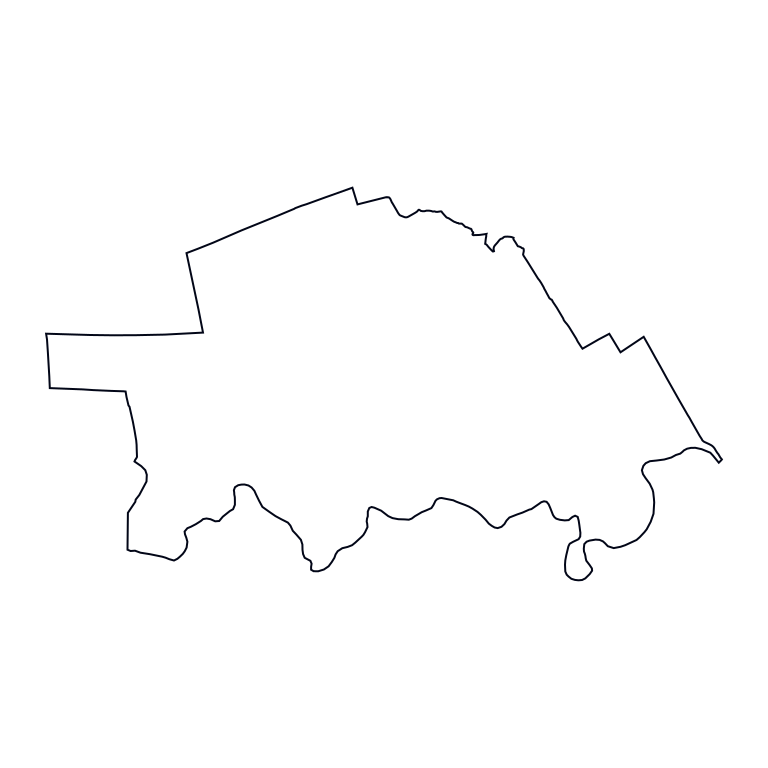 outline of Poienarii Burchii, Prahova, Romania
{"feature_id": "2599482B75025162272167", "entity_name": "Poienarii Burchii", "entity_type": "district", "adm_level": 2, "iso_a3": "ROU", "parent_name": "Romania", "parent_adm1": "Prahova", "projection": "mercator", "projection_center": [26.024, 44.76], "detail": "fine", "context": "isolated", "style": "outline", "palette": "ink", "viewbox_px": 768, "rotation_deg": 0, "n_neighbors": 0, "source": "geoboundaries", "source_scale": "gbopen_adm2", "svg_char_len": 6083}
<svg xmlns="http://www.w3.org/2000/svg" viewBox="0 0 768 768"><path d="M458.1,223.0L457.2,223.0L455.2,222.1L454.4,221.9L452.7,220.9L450.6,219.5L448.9,218.4L448.2,218.1L447.1,217.7L446.5,217.4L444.4,215.1L443.7,214.3L442.5,212.9L442.0,212.3L441.6,211.6L441.4,211.5L441.1,211.4L440.5,211.4L437.2,211.9L435.7,211.8L435.0,211.5L434.4,211.4L433.3,211.5L432.7,211.5L431.2,211.0L430.7,210.9L429.3,210.7L426.3,210.7L424.9,211.1L424.2,211.2L422.6,211.2L420.9,210.9L420.7,210.8L419.8,210.1L419.2,209.8L418.7,209.8L418.3,210.1L417.1,211.5L415.5,212.6L414.3,213.3L411.5,214.9L408.3,216.7L407.1,217.2L406.4,217.3L405.6,217.3L404.7,217.2L401.1,215.8L400.3,215.4L399.8,215.2L399.5,214.9L398.3,213.3L397.7,212.3L397.1,211.2L392.9,204.0L392.4,203.1L392.0,202.7L391.6,201.8L390.9,200.2L390.4,199.1L389.9,198.3L389.1,197.6L388.8,197.3L388.4,197.3L386.8,197.3L386.5,197.3L386.5,197.2L385.7,197.3L357.5,204.4L352.4,187.7L329.5,195.9L325.8,197.2L306.5,204.2L301.7,205.7L295.1,208.2L294.5,208.7L282.8,213.6L277.8,215.7L258.8,223.4L241.5,230.4L213.1,242.7L198.3,248.6L186.5,253.1L198.5,309.5L203.0,332.6L164.8,334.6L135.2,335.2L127.4,335.2L114.6,335.3L90.4,335.0L46.1,333.7L47.0,339.4L47.9,352.8L49.3,376.4L49.8,388.1L82.8,389.4L93.3,390.1L111.2,390.9L123.5,391.3L125.6,391.5L126.5,397.0L128.5,405.5L129.5,406.7L132.9,421.8L134.5,430.3L136.2,440.4L136.6,444.9L136.7,448.9L137.0,456.9L136.4,458.1L135.1,460.0L134.5,461.5L141.2,466.1L145.3,470.2L146.8,474.8L146.5,481.5L139.3,495.0L135.7,499.6L135.3,501.8L127.9,512.8L127.5,549.7L130.6,551.0L135.0,550.7L140.5,552.7L150.0,554.2L162.2,556.7L165.6,557.7L169.3,559.2L174.0,560.5L177.4,558.8L179.9,556.7L182.8,553.9L184.7,551.3L186.6,547.6L187.4,541.7L186.3,537.7L185.0,534.3L184.6,531.5L187.4,528.2L190.8,526.8L195.8,524.2L198.5,522.5L201.0,520.9L203.1,519.1L206.5,518.5L210.5,519.2L215.2,521.3L219.2,521.0L222.8,516.7L229.9,511.0L233.1,509.2L234.9,504.8L234.9,500.4L234.8,497.1L234.3,494.6L234.2,492.5L233.9,490.2L235.0,487.2L238.2,485.2L241.3,484.6L244.5,484.5L248.5,485.5L251.6,487.5L254.4,490.8L256.0,494.4L259.0,500.6L262.4,506.9L269.1,511.7L275.5,516.1L281.4,519.3L283.6,520.4L287.9,522.6L290.4,525.6L292.8,530.8L296.3,534.5L300.9,539.8L302.4,544.5L302.5,549.9L303.1,554.1L304.7,557.8L310.4,560.8L311.6,563.7L311.1,566.8L311.1,569.7L313.6,571.2L318.1,571.3L323.9,569.5L328.6,566.3L331.8,562.0L334.4,557.8L335.6,554.4L337.7,551.2L342.3,548.2L347.7,546.9L352.1,545.2L355.3,542.6L361.8,536.6L363.4,534.9L365.1,532.1L367.5,527.1L367.2,523.7L366.7,521.6L367.0,518.7L367.8,516.3L367.8,511.5L369.3,508.0L371.6,507.0L374.4,507.7L381.2,510.7L388.2,516.1L392.5,518.1L398.3,519.2L404.6,519.4L408.8,519.7L411.7,518.6L414.9,516.2L418.5,514.1L421.7,512.2L425.7,510.6L431.4,508.1L433.4,505.1L435.5,500.8L437.0,499.3L439.5,498.2L441.6,498.0L453.3,500.3L456.1,501.6L459.2,502.8L465.1,505.0L468.9,506.6L472.5,508.6L477.5,511.9L480.8,514.8L485.6,519.7L488.8,523.6L491.7,525.8L494.6,527.5L497.7,528.1L501.5,526.8L504.4,524.1L506.5,520.6L509.4,517.5L517.3,514.4L522.5,512.6L529.3,509.6L531.4,509.1L538.8,504.0L541.3,502.2L544.0,501.3L546.6,501.8L548.7,504.4L550.3,508.1L553.0,515.0L554.5,517.2L556.3,518.7L559.9,519.8L564.7,520.4L568.7,520.1L572.4,517.0L575.1,515.7L577.7,516.9L578.7,520.7L579.3,524.7L580.1,530.8L580.4,532.8L580.2,536.6L578.6,539.2L573.1,541.8L569.8,543.7L569.2,544.7L568.4,546.4L566.3,555.1L565.3,560.4L565.0,564.7L565.3,571.5L566.7,574.7L568.5,576.5L571.4,578.8L574.9,579.9L578.4,580.3L582.1,580.0L585.3,578.4L589.7,574.1L592.1,570.7L591.9,568.4L589.6,565.0L586.3,560.7L585.7,558.2L585.4,556.0L584.9,553.9L584.0,551.5L583.8,548.7L584.3,544.1L586.6,541.7L589.5,540.6L595.6,539.6L599.6,539.9L603.0,541.4L605.1,543.3L607.8,546.2L613.7,548.1L620.5,546.8L625.2,545.2L636.5,540.0L639.8,537.1L644.4,532.2L646.7,529.3L650.7,521.8L653.5,513.8L654.2,502.4L653.9,498.5L653.2,492.2L652.5,489.6L649.7,483.7L645.5,478.0L643.0,474.2L641.9,470.2L643.4,465.8L645.7,463.2L649.9,461.2L656.7,460.5L664.3,459.5L671.3,457.5L675.9,455.0L680.3,453.6L682.6,451.7L683.9,450.4L687.1,448.7L690.9,447.9L695.3,447.8L701.7,449.2L710.3,452.7L712.9,455.5L718.8,462.7L721.4,460.1L721.9,459.4L720.3,457.5L718.4,454.2L717.4,453.0L716.4,451.5L715.7,450.4L714.8,448.8L714.0,447.7L713.3,446.9L712.2,445.9L711.0,445.1L709.1,444.1L704.1,441.8L703.2,441.1L702.3,440.3L702.0,439.5L699.5,435.6L691.7,421.9L689.4,417.7L687.8,415.2L678.6,399.2L672.4,388.2L666.8,378.3L660.6,367.0L655.2,357.4L650.2,348.3L643.7,336.8L620.5,352.3L613.5,340.7L609.3,333.8L598.7,339.4L589.5,344.7L582.5,348.7L581.0,346.6L577.8,341.7L576.9,340.0L576.4,338.9L569.3,327.4L569.0,326.9L567.1,324.3L565.3,322.2L564.1,320.6L563.6,319.7L563.5,319.4L563.2,318.5L556.8,307.7L553.7,303.1L553.0,302.0L552.6,301.5L552.5,301.0L552.3,300.6L551.7,299.7L550.7,299.3L550.3,298.9L549.5,298.3L548.7,296.9L548.2,295.9L546.8,293.4L545.4,290.7L544.4,289.0L543.6,287.2L542.7,285.6L542.0,284.4L541.4,283.3L539.5,280.4L538.1,278.7L537.4,277.6L532.3,269.4L527.7,262.0L523.7,255.9L523.3,255.1L523.1,254.5L523.3,253.4L523.6,252.0L523.8,251.0L523.7,249.1L523.4,248.7L523.0,248.3L522.2,248.2L521.9,248.1L521.1,247.4L520.3,247.0L519.6,246.7L518.6,246.4L517.8,246.2L515.5,242.4L513.7,239.7L513.4,239.0L513.4,238.6L513.6,237.8L512.3,237.3L511.3,237.0L510.0,236.8L507.3,236.6L506.1,236.7L505.3,236.7L504.6,236.8L504.1,237.0L503.4,237.4L502.9,238.0L502.1,238.5L501.6,238.6L501.0,238.8L500.3,239.2L499.2,240.3L497.4,242.6L494.9,245.4L494.3,246.3L493.9,247.1L493.7,248.0L493.6,248.8L493.6,249.4L494.0,251.2L493.6,251.4L492.9,251.5L492.6,251.3L491.8,250.5L490.9,249.6L488.3,246.8L486.8,244.9L485.9,244.2L485.2,243.9L485.2,243.5L485.4,242.3L485.6,240.2L486.0,237.3L486.2,236.8L486.2,236.0L486.3,234.5L486.5,233.9L484.2,234.3L479.9,234.9L478.7,235.0L474.7,235.1L473.5,235.2L473.0,235.0L472.7,234.9L472.5,234.5L472.5,234.2L472.6,233.9L473.1,233.2L473.3,232.8L473.3,232.6L473.2,232.4L472.9,232.0L472.5,231.7L472.0,230.9L471.6,229.9L471.5,229.4L471.1,229.0L470.9,228.8L470.4,228.7L469.7,228.5L468.7,228.0L467.2,227.3L465.6,227.0L465.1,226.7L463.3,224.9L461.9,223.7L461.3,223.6L459.7,223.6L458.7,223.5L458.1,223.0Z" fill="none" stroke="#020617" stroke-width="2"/></svg>